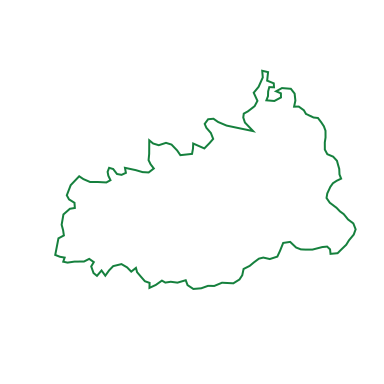 Conselheiro Mairinck, Paraná, Brazil (Natural Earth projection), rotated 255°
{"feature_id": "56859067B52916325925510", "entity_name": "Conselheiro Mairinck", "entity_type": "district", "adm_level": 2, "iso_a3": "BRA", "parent_name": "Brazil", "parent_adm1": "Paraná", "projection": "natural_earth1", "projection_center": [-50.121, -23.586], "detail": "fine", "context": "isolated", "style": "outline", "palette": "green", "viewbox_px": 384, "rotation_deg": 255, "n_neighbors": 0, "source": "geoboundaries", "source_scale": "gbopen_adm2", "svg_char_len": 2225}
<svg xmlns="http://www.w3.org/2000/svg" viewBox="0 0 384 384"><g transform="rotate(255 192 192)"><path d="M236.8,118.2L233.3,115.7L229.4,115.4L224.5,116.3L223.4,111.7L226.2,103.1L228.0,96.2L232.6,90.4L236.4,87.1L230.0,76.6L221.2,70.2L216.7,71.3L212.0,75.7L206.9,74.7L207.4,69.7L203.6,62.0L194.1,57.6L188.4,57.6L183.2,57.0L181.8,51.0L166.6,43.6L163.6,47.7L161.6,52.0L158.0,49.6L156.0,53.5L155.2,60.4L152.8,69.7L154.0,75.4L149.7,79.0L146.2,75.4L139.2,75.9L135.6,78.5L139.6,84.3L133.6,86.6L137.8,91.7L140.8,96.7L140.6,105.2L136.0,109.8L130.8,112.7L133.2,118.2L128.8,118.2L123.7,120.6L118.0,123.4L115.2,127.5L110.4,126.1L111.6,133.0L114.2,140.0L111.4,142.8L110.8,148.2L108.2,154.5L108.4,163.1L103.2,163.6L98.0,168.2L96.6,176.0L97.2,183.2L95.5,189.2L96.6,197.5L93.1,208.3L95.2,215.2L98.6,219.0L104.3,221.9L105.7,228.6L108.0,233.6L110.3,239.4L110.2,243.9L107.1,249.8L107.5,257.7L112.4,261.8L119.2,266.9L118.4,273.9L111.4,278.2L108.4,282.3L106.8,287.3L105.2,293.4L105.1,303.6L104.3,308.4L100.9,310.5L96.4,309.8L95.2,316.8L97.9,321.5L101.1,327.3L104.7,331.1L109.0,337.2L113.6,340.4L119.9,339.7L125.1,335.6L131.4,332.8L135.0,329.9L139.2,327.6L146.0,322.3L151.4,320.4L155.6,322.3L161.2,327.0L164.0,330.4L165.4,334.7L166.3,339.5L170.8,339.0L176.2,340.2L180.8,340.1L184.6,340.1L189.6,337.5L193.5,332.5L198.6,331.3L205.5,333.1L210.1,335.1L216.6,336.8L221.3,336.4L225.8,334.9L230.9,332.8L232.5,328.7L237.9,322.3L242.0,321.2L246.9,317.2L248.0,312.7L253.5,315.5L260.5,316.6L266.1,314.2L269.1,305.8L267.5,299.3L264.3,303.4L260.3,302.4L258.6,295.1L261.3,287.6L264.9,290.2L269.5,291.6L273.3,293.8L271.9,298.3L275.8,299.1L280.1,293.4L288.1,296.5L290.9,291.2L284.3,290.0L276.3,283.5L271.9,277.3L263.1,278.8L258.7,274.7L255.4,266.8L254.3,262.3L250.7,260.8L245.4,261.1L235.0,266.8L243.3,250.3L247.2,242.6L252.9,235.3L257.2,231.7L258.1,226.4L254.5,221.9L250.3,222.5L244.1,225.5L237.8,226.2L234.7,221.6L230.9,215.2L238.5,205.7L233.7,204.2L228.8,201.9L230.6,190.3L236.0,188.4L243.1,184.5L246.2,179.6L245.8,172.0L248.9,167.0L253.0,164.1L239.9,160.5L234.0,158.3L229.4,159.2L224.6,161.2L222.1,155.2L224.0,149.4L227.7,143.3L232.7,133.5L227.6,133.1L226.8,128.4L228.8,124.2L234.6,121.8L236.8,118.2Z" fill="none" stroke="#15803d" stroke-width="2"/></g></svg>